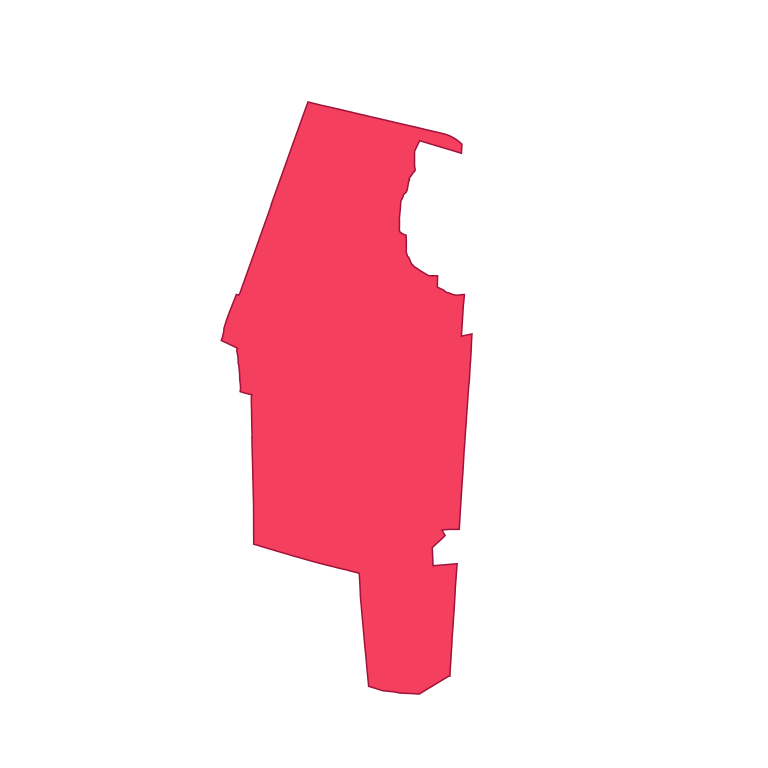 outline of Stalpu, Buzau, Romania, rotated 315°
{"feature_id": "2599482B31548531217148", "entity_name": "Stalpu", "entity_type": "district", "adm_level": 2, "iso_a3": "ROU", "parent_name": "Romania", "parent_adm1": "Buzau", "projection": "robinson", "projection_center": [26.725, 45.071], "detail": "fine", "context": "isolated", "style": "filled", "palette": "rose", "viewbox_px": 768, "rotation_deg": 315, "n_neighbors": 0, "source": "geoboundaries", "source_scale": "gbopen_adm2", "svg_char_len": 4851}
<svg xmlns="http://www.w3.org/2000/svg" viewBox="0 0 768 768"><g transform="rotate(315 384 384)"><path d="M224.0,637.2L228.8,632.8L230.4,631.4L234.6,627.8L241.7,621.5L243.8,619.6L246.9,617.0L252.7,611.6L256.6,608.3L260.0,605.4L268.2,598.2L273.9,593.3L282.1,586.0L285.8,582.7L289.5,579.3L294.7,574.8L301.4,569.0L305.0,565.9L308.6,562.8L290.2,547.2L291.1,546.2L302.5,533.8L317.3,534.4L320.1,534.3L321.6,528.2L327.0,532.6L334.4,540.0L335.0,539.5L342.2,533.1L346.2,529.5L348.3,527.6L350.2,526.0L352.2,524.3L353.8,522.8L355.6,521.2L357.0,520.0L360.2,517.2L362.8,514.9L366.8,511.4L372.5,506.4L376.7,502.8L379.1,500.7L394.3,487.1L396.8,485.1L409.3,474.1L412.2,471.7L416.1,468.3L418.9,465.7L420.3,464.5L421.7,463.4L422.8,462.4L423.7,461.6L425.0,460.5L426.9,458.9L428.5,457.5L431.2,455.1L432.2,454.2L433.4,453.2L435.5,451.3L437.6,449.5L439.7,447.7L441.4,446.3L442.4,445.4L443.7,444.3L444.3,444.0L446.2,442.4L449.8,439.3L451.5,437.7L453.9,435.5L455.7,433.9L458.2,431.7L459.1,430.9L460.0,430.2L461.2,429.2L462.0,428.5L463.1,427.5L464.0,426.7L466.9,424.1L471.4,420.1L472.2,419.4L473.1,418.5L473.3,418.2L481.6,410.8L472.6,404.9L476.2,401.7L478.6,399.6L481.3,397.2L484.4,394.5L486.9,392.3L496.2,384.1L498.9,382.0L504.1,377.6L503.6,377.0L501.7,375.4L499.7,374.0L499.2,373.6L497.4,371.5L496.7,370.7L496.4,370.2L495.6,368.5L494.5,365.9L493.6,364.4L493.1,363.6L492.8,362.9L492.8,362.5L492.7,361.4L492.7,360.6L492.6,359.8L490.9,355.1L490.6,354.2L490.3,353.1L498.4,345.4L492.8,339.7L492.1,338.8L489.5,328.4L489.5,327.2L488.8,324.6L488.5,322.9L488.4,321.0L488.6,319.6L488.3,318.9L488.7,317.8L489.3,316.1L490.2,314.0L490.6,313.2L490.8,312.5L491.0,311.9L491.0,311.5L491.0,310.8L491.0,310.5L491.1,310.1L491.3,309.6L491.4,309.2L491.6,308.9L492.0,308.5L492.5,307.7L492.6,307.1L492.8,306.4L494.0,305.5L497.1,302.5L500.6,299.0L504.9,294.3L504.2,293.4L503.6,291.6L503.1,289.8L503.1,289.0L502.8,288.0L502.9,287.3L504.2,285.5L507.0,282.9L510.8,279.1L512.1,277.7L513.2,276.8L515.7,274.7L517.8,273.0L518.8,272.2L522.2,269.3L522.9,268.6L524.3,267.4L524.8,267.0L525.7,266.5L526.1,266.3L527.1,266.0L527.8,265.8L529.6,265.2L530.7,264.5L531.4,264.0L532.1,263.8L532.5,263.8L533.2,263.9L534.0,264.1L534.9,264.1L535.7,263.9L537.0,263.5L539.5,261.9L544.3,258.5L546.5,257.6L546.4,257.0L547.3,256.4L553.1,255.4L556.9,255.1L558.4,253.5L558.4,253.2L560.6,250.6L562.3,248.9L570.1,241.1L571.2,240.7L574.5,239.5L579.0,238.0L581.3,237.3L582.8,240.1L583.7,241.8L586.5,247.0L591.1,255.5L595.6,263.8L601.9,275.6L606.6,271.4L608.6,269.6L608.6,269.1L608.7,268.6L608.4,265.6L608.4,265.4L608.3,264.7L608.3,264.4L607.9,261.7L607.1,258.7L606.6,257.0L606.3,256.0L606.1,255.3L605.2,253.3L604.0,250.8L603.9,250.6L602.6,248.4L601.3,246.2L599.0,242.5L592.9,232.8L589.6,227.3L581.2,213.9L576.3,206.0L561.9,182.9L561.8,182.7L560.8,181.1L558.3,177.0L558.1,176.8L551.8,166.5L546.5,158.0L541.2,149.5L536.1,141.5L534.5,138.8L530.3,131.8L529.7,130.8L489.9,149.5L447.7,169.5L431.0,177.4L431.1,177.7L429.6,178.4L427.4,179.4L425.6,180.3L423.6,181.3L419.5,183.2L416.6,184.6L413.5,186.0L411.7,186.9L409.3,188.0L407.8,188.7L406.4,189.4L404.3,190.4L402.8,191.1L400.2,192.3L396.5,194.1L394.5,195.0L391.9,196.3L390.2,197.1L388.5,197.9L384.6,199.8L382.4,200.8L379.8,202.0L375.9,203.9L371.1,206.1L365.9,208.6L361.1,210.8L357.7,212.5L354.6,213.9L350.8,215.7L348.6,216.8L346.0,218.0L344.8,218.5L344.5,218.0L344.0,218.1L342.9,216.3L338.4,218.3L331.4,221.3L325.2,224.0L318.0,227.3L310.3,231.4L307.9,233.5L303.6,236.2L299.7,238.2L300.5,240.5L301.7,243.7L302.8,246.8L304.6,251.8L305.6,254.7L305.7,255.2L305.3,255.2L304.5,255.7L304.0,255.8L303.6,256.3L303.1,256.7L302.1,258.4L301.6,259.1L300.5,260.7L298.9,262.7L295.5,266.3L294.9,267.6L293.7,269.2L291.4,271.9L289.7,274.0L284.7,279.4L282.3,282.5L279.6,285.5L278.9,286.1L278.3,286.6L276.9,287.6L277.7,289.3L278.6,290.8L279.3,292.2L281.0,295.1L281.7,296.4L282.4,297.3L282.8,297.8L282.9,298.0L283.0,298.2L283.0,298.4L282.8,298.7L282.5,298.7L282.2,298.7L282.0,298.8L281.8,298.9L281.3,299.1L280.9,299.5L280.7,299.7L280.4,299.9L279.6,300.8L277.8,302.5L276.4,304.0L275.0,305.5L272.2,308.5L269.9,310.8L267.3,313.5L264.5,316.4L261.2,319.8L256.5,324.8L254.2,327.3L253.3,327.8L252.0,329.2L239.7,342.1L235.0,347.1L206.2,377.3L180.2,403.5L178.6,405.1L178.8,405.6L179.1,406.0L179.5,406.8L180.1,407.7L181.0,409.4L182.2,411.8L187.2,421.1L188.9,424.2L189.2,424.8L189.9,426.1L193.3,432.3L197.0,439.0L198.1,441.2L200.3,445.0L206.4,456.0L211.1,464.3L223.3,484.7L226.0,488.8L227.1,490.9L228.2,492.8L229.3,494.6L232.6,500.3L230.5,502.7L227.5,506.1L225.2,508.7L221.7,512.6L217.2,517.4L206.3,530.4L196.2,542.5L184.4,556.6L177.3,565.3L171.1,572.7L159.5,586.8L159.3,586.9L159.7,587.6L163.4,594.4L163.8,595.3L166.4,600.2L169.8,604.4L173.0,608.3L173.5,608.9L174.9,610.9L176.5,613.5L187.5,625.6L189.7,628.2L200.2,630.7L219.7,635.5L223.1,636.4L224.0,637.2Z" fill="#f43f5e" stroke="#9f1239" stroke-width="1.5"/></g></svg>